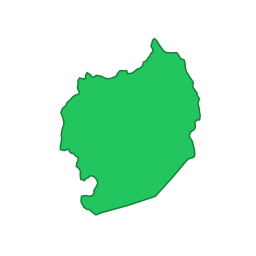 the district of Miracema, Rio de Janeiro, Brazil, rotated 310°
{"feature_id": "56859067B79621810451364", "entity_name": "Miracema", "entity_type": "district", "adm_level": 2, "iso_a3": "BRA", "parent_name": "Brazil", "parent_adm1": "Rio de Janeiro", "projection": "robinson", "projection_center": [-42.142, -21.39], "detail": "fine", "context": "isolated", "style": "filled", "palette": "green", "viewbox_px": 256, "rotation_deg": 310, "n_neighbors": 0, "source": "geoboundaries", "source_scale": "gbopen_adm2", "svg_char_len": 1952}
<svg xmlns="http://www.w3.org/2000/svg" viewBox="0 0 256 256"><g transform="rotate(310 128 128)"><path d="M68.0,90.0L69.5,93.5L73.9,96.2L72.4,98.0L72.1,100.6L73.5,102.9L72.9,105.3L73.3,108.6L70.9,110.8L68.6,111.1L65.4,113.0L65.4,116.6L64.6,119.0L62.0,121.0L58.4,124.6L59.6,128.4L62.3,128.5L64.9,129.6L67.1,129.6L68.8,132.6L68.5,136.5L67.2,139.3L65.2,140.8L57.9,142.2L56.3,143.9L53.5,144.0L51.2,142.7L48.6,138.5L45.9,136.2L41.3,139.4L39.9,142.8L39.0,145.2L39.1,148.2L40.6,151.0L40.6,156.7L40.8,159.3L46.5,162.4L68.2,177.4L72.0,179.7L93.2,192.8L97.3,193.0L116.6,193.8L141.2,193.9L144.0,194.6L146.5,196.4L148.6,197.2L150.6,196.2L153.1,193.9L156.2,189.9L157.9,187.6L159.4,185.2L160.2,182.4L161.4,179.9L164.0,178.9L166.1,178.7L168.8,179.7L171.6,179.3L173.6,177.6L175.2,175.4L178.2,175.5L180.2,177.6L182.0,176.5L184.3,175.0L186.0,172.7L188.3,170.6L190.1,168.1L191.9,165.7L194.4,164.7L196.4,163.9L197.2,160.7L199.2,158.1L200.2,154.4L200.8,151.7L202.8,150.0L204.9,148.8L205.9,145.7L206.7,142.3L207.9,139.4L208.5,136.9L209.7,135.0L211.4,132.8L214.0,130.3L216.2,127.4L215.0,123.3L216.3,120.5L217.0,116.8L214.4,114.2L212.5,111.5L210.8,109.5L209.8,106.8L210.6,102.9L211.4,99.6L212.5,96.4L213.5,93.6L213.3,90.6L210.8,90.6L208.3,91.8L205.3,93.2L204.3,96.2L202.5,98.0L200.2,97.5L197.1,98.4L193.8,98.4L191.4,98.9L188.4,97.5L184.8,99.2L181.3,98.7L178.8,97.1L175.5,96.6L171.9,95.4L169.5,92.7L171.1,90.1L169.0,88.0L167.0,85.1L164.7,84.8L162.4,85.1L159.6,85.6L157.6,84.3L155.2,83.1L152.8,81.1L151.4,78.1L150.6,74.6L149.4,72.5L148.1,69.9L145.7,69.2L143.9,68.1L144.6,65.0L144.2,61.1L141.1,61.6L138.4,63.7L136.4,61.5L135.3,58.8L132.3,59.1L129.4,61.7L126.7,63.1L125.3,64.9L124.5,67.5L122.3,68.5L119.9,66.8L116.6,65.7L113.2,65.7L110.5,65.3L108.0,65.0L105.0,66.1L101.9,65.3L99.5,65.7L96.7,66.7L94.8,70.1L92.8,73.2L91.1,75.3L89.0,76.8L86.7,77.7L84.8,78.4L82.5,79.7L79.7,81.3L77.6,83.7L75.0,85.6L71.0,87.6L68.0,90.0Z" fill="#22c55e" stroke="#15803d" stroke-width="1.5"/></g></svg>